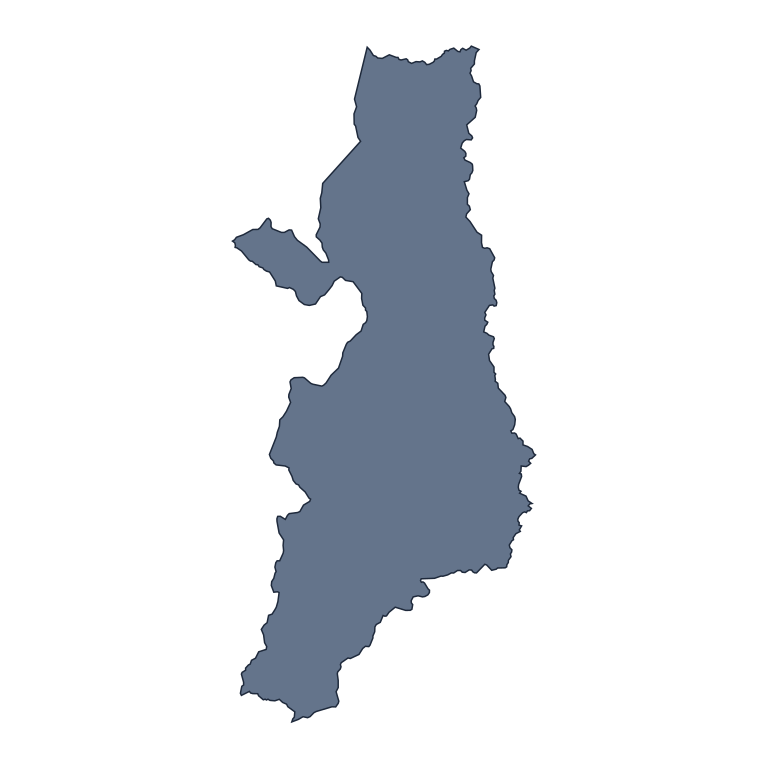 Montes Claros, Minas Gerais, Brazil (Robinson projection)
{"feature_id": "56859067B50283699039030", "entity_name": "Montes Claros", "entity_type": "district", "adm_level": 2, "iso_a3": "BRA", "parent_name": "Brazil", "parent_adm1": "Minas Gerais", "projection": "robinson", "projection_center": [-43.949, -16.615], "detail": "fine", "context": "isolated", "style": "filled", "palette": "slate", "viewbox_px": 768, "rotation_deg": 0, "n_neighbors": 0, "source": "geoboundaries", "source_scale": "gbopen_adm2", "svg_char_len": 6078}
<svg xmlns="http://www.w3.org/2000/svg" viewBox="0 0 768 768"><path d="M515.9,533.7L520.3,531.4L519.3,529.9L521.6,525.9L519.0,525.1L519.2,522.6L518.0,521.2L517.8,519.2L519.0,516.6L522.6,512.7L524.6,511.9L526.4,512.6L527.4,510.9L529.6,510.7L531.4,508.4L528.2,505.9L529.8,503.9L532.0,503.5L528.1,500.8L526.0,496.1L519.6,493.2L521.0,491.3L518.9,490.1L518.3,487.2L518.6,484.5L521.6,476.5L521.3,474.0L519.4,473.4L520.9,471.3L521.2,466.0L526.1,466.6L528.5,465.2L530.7,463.3L528.6,461.2L529.7,458.8L531.8,458.4L535.5,454.9L533.8,453.7L532.1,449.4L527.6,446.5L523.0,444.9L523.0,441.1L520.0,438.1L518.2,438.6L516.1,434.0L514.6,433.0L511.9,433.2L510.8,430.9L512.9,429.6L514.7,424.8L515.3,419.4L514.6,416.6L511.8,412.7L510.6,408.9L509.2,406.5L504.7,401.5L505.9,397.5L505.0,395.2L498.3,388.1L497.8,383.3L495.1,381.2L495.4,379.4L494.8,375.5L495.7,374.0L494.0,372.3L494.0,367.0L489.5,360.5L488.6,354.2L492.0,348.8L493.7,348.4L493.9,346.4L493.0,344.8L493.0,342.4L494.3,338.6L493.5,336.8L488.9,335.1L486.9,333.3L483.7,331.9L485.0,326.2L486.8,324.4L487.8,322.2L484.8,320.2L484.7,317.9L486.0,314.9L484.8,312.4L489.4,305.4L492.8,304.9L494.1,306.1L496.2,305.6L496.8,302.7L496.1,300.2L494.3,298.5L493.8,296.0L494.9,294.2L494.2,290.4L494.9,288.2L492.8,278.1L493.5,275.5L491.2,271.6L490.8,269.2L492.4,261.8L494.1,260.0L494.7,257.8L489.7,248.7L487.1,247.8L484.7,248.3L482.5,247.4L481.5,242.8L481.6,235.2L477.0,232.2L470.0,221.5L465.9,217.1L466.6,213.9L470.3,209.7L469.4,206.2L467.4,204.3L467.4,197.6L469.0,193.8L466.9,190.2L464.3,181.7L468.2,180.7L469.5,179.2L470.3,174.6L471.8,173.0L472.8,170.5L472.6,166.0L472.3,164.2L470.4,162.6L465.0,160.1L463.8,157.8L465.8,156.2L465.9,153.4L464.8,151.4L460.7,148.1L462.2,143.1L464.3,140.7L466.4,139.5L471.2,139.9L472.6,137.9L471.8,135.9L468.8,133.3L466.7,124.9L475.2,117.3L476.7,110.4L476.2,107.9L475.1,106.0L476.8,103.7L478.1,100.5L480.7,97.4L479.9,86.0L478.8,83.9L476.8,83.7L473.5,81.8L471.6,76.0L470.0,73.2L471.1,70.7L470.7,68.3L474.4,64.0L474.4,60.9L476.2,52.6L479.0,49.5L471.3,46.1L469.8,48.0L466.1,50.2L462.7,48.3L460.9,49.6L460.0,51.8L457.8,51.4L453.8,48.1L449.9,49.4L448.4,50.9L446.3,50.4L444.5,51.2L444.3,53.2L442.5,54.4L441.3,56.3L436.5,59.1L434.9,59.0L434.3,61.1L433.1,62.3L429.2,64.3L426.6,64.6L424.8,62.3L422.4,60.9L419.9,61.9L416.0,61.6L411.6,63.4L408.3,61.7L407.7,59.9L406.2,58.8L401.0,60.0L399.0,59.4L398.0,57.4L396.2,57.4L389.3,54.8L382.3,58.4L377.7,58.0L375.9,56.3L373.4,55.5L369.9,50.0L367.2,47.2L354.5,99.1L356.6,106.8L354.0,113.9L354.2,124.2L355.6,126.0L358.0,137.5L360.6,141.3L322.7,183.4L321.8,192.7L320.3,198.3L320.8,207.7L318.3,218.8L320.2,223.9L320.0,227.1L316.2,234.8L316.3,236.9L319.9,240.1L322.0,243.1L322.3,247.2L323.3,249.9L325.9,253.1L328.6,260.0L328.7,262.3L322.0,262.3L320.1,260.8L306.7,247.1L297.4,240.3L294.5,236.7L291.6,230.1L289.1,229.9L284.4,232.4L281.4,232.4L272.2,228.7L271.0,226.6L271.1,222.4L270.3,220.1L268.5,218.3L266.8,218.9L260.1,227.8L258.0,229.4L252.8,229.5L243.4,234.7L236.4,237.3L234.6,239.8L232.5,241.1L234.8,242.8L235.4,245.3L235.1,247.4L236.8,247.8L241.5,251.0L248.8,259.9L250.5,261.1L252.3,261.3L256.0,264.6L257.8,264.7L259.2,266.7L262.8,267.9L263.9,269.5L266.4,271.1L269.6,272.0L275.3,281.0L276.3,285.9L287.6,288.4L289.5,287.5L293.4,289.4L295.4,291.5L296.5,295.9L299.0,300.6L304.3,304.5L309.3,305.4L315.5,304.0L320.5,296.6L324.6,294.9L329.2,289.4L332.1,285.6L334.2,281.2L340.3,276.9L342.3,277.3L345.5,280.4L353.1,281.7L361.8,293.4L361.6,298.4L362.9,305.2L365.5,308.0L365.5,310.1L366.8,311.5L367.4,316.7L366.8,320.6L365.7,322.6L363.2,324.4L361.1,331.0L356.2,334.7L350.3,341.0L347.6,342.3L346.3,344.3L342.8,352.9L342.6,356.3L338.5,368.1L331.1,375.2L326.1,382.9L323.5,385.3L321.8,386.1L312.8,384.2L310.7,383.3L304.5,377.9L302.8,377.3L294.2,377.7L291.0,379.8L290.0,381.9L291.2,388.6L288.9,394.4L288.7,397.1L290.6,402.4L286.5,411.2L282.9,416.8L279.8,419.8L279.4,426.4L277.3,432.3L276.3,437.0L269.4,454.5L270.8,458.3L273.4,460.9L273.9,463.0L276.1,464.9L285.2,466.0L289.0,467.9L288.8,470.0L292.0,476.4L293.2,480.4L296.0,483.9L298.6,484.9L299.9,487.3L305.2,492.0L309.0,498.1L310.6,499.1L309.7,501.4L303.5,505.1L299.9,511.5L297.7,512.5L289.2,513.6L287.5,515.3L285.3,519.4L280.3,516.3L277.7,516.4L276.9,518.8L277.0,521.4L279.1,533.0L283.6,539.9L283.1,545.4L283.6,550.6L283.2,553.1L279.7,560.8L277.1,560.8L275.8,562.7L274.9,567.1L276.1,571.7L275.1,573.1L273.8,578.3L271.7,581.6L271.3,585.5L273.8,592.2L277.5,591.8L279.1,592.5L277.9,601.6L276.3,607.2L274.9,609.7L272.1,614.1L268.6,615.3L267.1,622.7L264.1,625.1L261.3,629.4L263.6,634.9L264.6,642.7L266.7,646.5L266.2,649.4L258.7,651.8L255.5,658.2L251.5,660.3L250.2,664.1L248.4,665.0L245.6,668.1L245.6,670.2L242.1,672.4L241.4,674.1L243.6,682.2L243.6,685.0L241.8,686.3L240.4,693.3L241.4,695.4L249.4,691.4L250.6,693.0L252.8,693.6L257.7,693.7L258.6,695.8L263.3,699.8L265.1,699.2L266.5,700.0L268.0,699.2L270.0,700.4L274.9,700.8L279.3,699.3L282.6,702.4L286.6,704.2L287.8,706.7L294.8,711.8L294.3,717.2L292.8,718.9L291.8,721.9L298.4,719.4L303.0,716.7L307.6,717.7L310.1,716.6L313.9,712.7L316.2,711.5L331.9,706.8L335.7,706.9L338.2,703.4L338.8,701.2L336.1,691.7L338.2,687.6L338.2,680.4L337.3,673.7L337.7,671.9L340.3,669.0L341.0,666.8L340.4,664.6L341.2,662.7L348.0,658.0L350.3,658.5L359.0,654.4L362.7,648.5L365.4,646.3L368.8,646.6L370.0,645.2L372.9,638.0L372.9,636.0L374.7,631.8L374.9,626.9L376.3,624.5L380.3,622.3L383.1,615.5L384.9,616.2L386.5,615.9L389.0,612.3L395.2,607.2L405.7,610.4L410.3,610.3L411.9,609.3L412.7,604.6L411.4,603.0L411.2,600.7L413.2,596.9L418.1,595.8L422.5,596.9L424.9,596.5L427.8,594.9L429.4,592.6L429.5,590.2L428.0,588.8L424.5,583.0L422.9,581.9L421.4,582.3L420.5,580.6L421.2,578.8L434.6,578.3L440.9,576.1L443.0,576.2L447.7,574.9L451.4,572.9L453.7,573.0L457.5,570.5L460.6,570.5L462.2,572.2L465.1,572.5L469.2,569.9L471.7,570.1L472.7,571.7L474.5,572.8L476.5,572.9L484.8,564.3L486.7,565.0L491.7,570.3L496.2,569.2L497.6,568.0L505.2,567.8L506.7,566.8L506.9,564.6L508.3,562.6L508.4,560.3L511.0,556.7L510.4,553.9L511.6,552.1L511.9,549.8L509.9,547.7L509.3,545.0L511.9,540.8L513.5,539.7L513.2,537.6L515.9,533.7Z" fill="#64748b" stroke="#1e293b" stroke-width="1.5"/></svg>